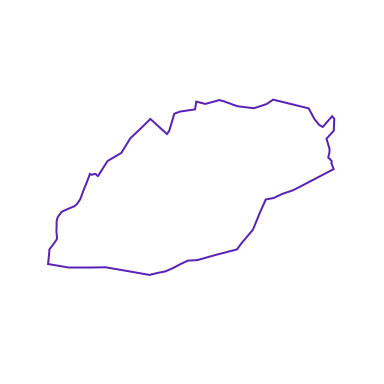 Sabon Birni, Sokoto, Nigeria, rotated 134°
{"feature_id": "59680162B48318677941344", "entity_name": "Sabon Birni", "entity_type": "district", "adm_level": 2, "iso_a3": "NGA", "parent_name": "Nigeria", "parent_adm1": "Sokoto", "projection": "albers", "projection_center": [6.24, 13.502], "detail": "fine", "context": "isolated", "style": "outline", "palette": "violet", "viewbox_px": 384, "rotation_deg": 134, "n_neighbors": 0, "source": "geoboundaries", "source_scale": "gbopen_adm2", "svg_char_len": 1482}
<svg xmlns="http://www.w3.org/2000/svg" viewBox="0 0 384 384"><g transform="rotate(134 192 192)"><path d="M106.8,236.1L119.4,243.6L124.0,251.7L130.5,247.2L136.0,251.5L142.5,256.5L148.0,259.1L163.8,250.9L166.4,250.4L167.7,250.3L168.4,272.7L181.8,273.0L196.1,273.7L213.0,270.0L228.4,274.3L245.8,270.7L246.1,271.9L246.0,273.7L246.7,274.7L249.2,276.0L249.7,277.1L249.9,278.0L257.4,274.7L267.2,270.8L270.4,269.3L274.9,267.4L280.6,266.4L283.9,266.7L289.2,269.0L296.9,272.1L298.6,271.8L303.7,271.0L306.9,269.2L307.8,268.4L309.9,266.3L314.6,262.1L319.3,256.6L320.7,256.3L325.2,255.5L332.4,254.7L335.0,252.4L343.8,245.5L331.9,228.1L315.7,211.4L306.2,201.9L304.3,199.1L294.7,185.0L281.1,164.9L274.5,160.8L273.2,159.9L267.8,156.1L259.6,152.7L252.4,150.4L244.4,147.4L237.2,140.8L228.8,135.9L226.2,134.4L220.4,131.0L202.1,119.8L194.4,120.8L176.8,122.0L174.4,122.9L173.0,123.5L167.5,125.7L159.5,128.9L154.3,130.8L153.1,131.2L152.6,131.4L151.1,131.9L148.9,132.7L146.2,133.8L139.4,129.0L130.6,125.7L127.7,124.2L125.5,123.1L122.6,121.5L119.8,120.3L114.6,118.5L112.0,117.6L108.1,116.3L102.0,114.3L97.0,112.6L92.4,111.1L87.8,109.5L84.1,108.3L79.6,106.8L77.2,106.0L74.4,111.8L73.1,112.5L72.6,113.6L72.7,115.1L72.4,115.7L72.6,116.4L72.6,117.9L68.3,120.5L65.6,122.8L60.2,132.3L49.4,132.6L40.5,140.5L40.2,143.9L54.3,143.1L55.4,146.9L54.5,154.5L50.8,166.2L69.2,197.8L70.1,198.0L77.1,199.5L88.8,205.7L98.8,219.0L101.1,224.1L104.6,232.0L106.8,236.1Z" fill="none" stroke="#5b21b6" stroke-width="2"/></g></svg>